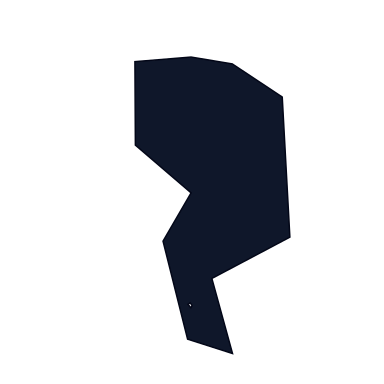 the district of Radford, Virginia, United States of America, rotated 118°
{"feature_id": "52423323B3123735439374", "entity_name": "Radford", "entity_type": "district", "adm_level": 2, "iso_a3": "USA", "parent_name": "United States of America", "parent_adm1": "Virginia", "projection": "albers", "projection_center": [-80.541, 37.119], "detail": "fine", "context": "isolated", "style": "filled", "palette": "ink", "viewbox_px": 384, "rotation_deg": 118, "n_neighbors": 0, "source": "geoboundaries", "source_scale": "gbopen_adm2", "svg_char_len": 383}
<svg xmlns="http://www.w3.org/2000/svg" viewBox="0 0 384 384"><g transform="rotate(118 192 192)"><path d="M259.0,133.9L185.9,84.4L65.8,156.9L60.0,216.6L73.3,256.2L103.7,303.6L177.2,264.0L193.2,192.4L249.0,194.5L324.0,126.8L315.6,80.4L259.0,133.9ZM290.7,141.6L292.1,138.7L293.6,138.5L294.7,138.6L293.1,142.8L290.7,141.6Z" fill="#0f172a" stroke="#020617" stroke-width="1.5"/></g></svg>